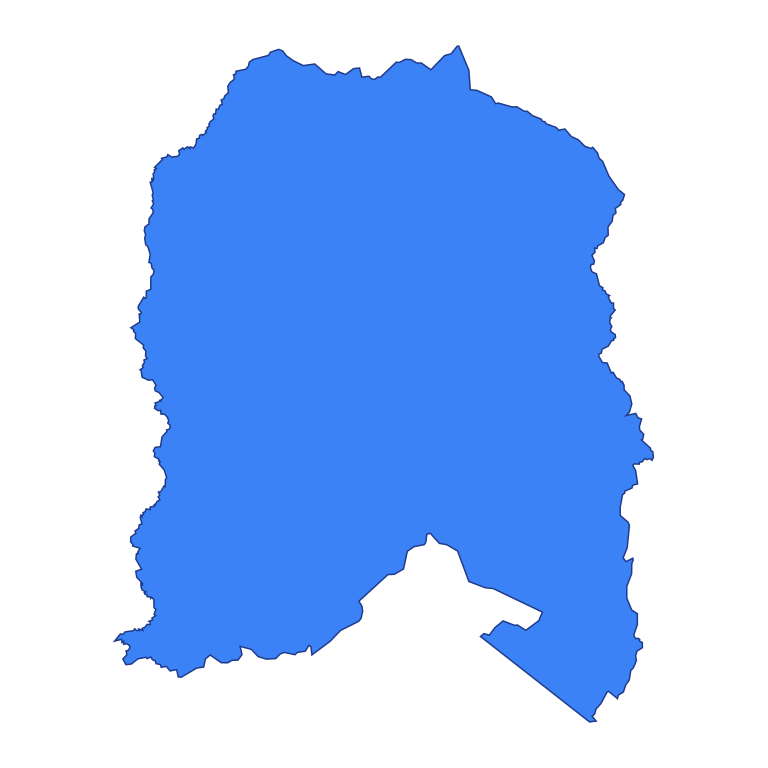 Asunafo North Municipal, Brong Ahafo, Ghana (Robinson projection)
{"feature_id": "2480657B96138797401471", "entity_name": "Asunafo North Municipal", "entity_type": "district", "adm_level": 2, "iso_a3": "GHA", "parent_name": "Ghana", "parent_adm1": "Brong Ahafo", "projection": "robinson", "projection_center": [-2.711, 6.815], "detail": "fine", "context": "isolated", "style": "filled", "palette": "blue", "viewbox_px": 768, "rotation_deg": 0, "n_neighbors": 0, "source": "geoboundaries", "source_scale": "gbopen_adm2", "svg_char_len": 6071}
<svg xmlns="http://www.w3.org/2000/svg" viewBox="0 0 768 768"><path d="M114.6,641.1L121.6,639.3L122.0,642.6L123.7,641.4L123.7,644.3L127.0,643.7L130.1,646.3L128.7,650.1L126.1,650.9L126.9,654.7L122.9,659.0L125.9,664.6L131.4,664.0L138.0,658.8L146.0,657.3L147.2,658.6L150.7,657.0L152.4,659.7L155.2,660.8L156.1,663.7L160.4,664.5L161.2,667.3L166.4,666.4L170.0,670.9L176.7,669.7L178.2,676.9L181.3,677.2L196.6,668.1L203.7,667.0L205.5,658.8L210.2,655.0L221.2,662.7L227.7,662.8L232.1,660.3L238.0,660.1L242.0,654.6L240.1,646.4L251.3,649.3L258.2,656.6L266.3,659.1L275.7,658.6L280.1,654.0L284.2,652.4L295.0,654.7L297.3,652.5L305.4,651.1L308.8,645.4L311.0,646.8L311.9,654.9L330.1,641.3L340.6,630.4L358.7,621.3L361.0,618.5L362.7,611.0L361.9,606.2L358.9,601.2L387.9,574.6L394.3,574.3L403.5,569.0L407.3,551.3L414.1,546.6L424.2,544.7L425.9,542.0L426.8,534.2L430.3,533.3L439.4,543.4L446.6,544.6L457.6,551.0L468.9,581.5L485.2,587.7L493.1,588.5L542.4,612.1L538.8,620.7L525.8,630.3L517.4,625.0L514.4,625.3L503.1,620.9L495.0,627.6L489.3,635.1L484.0,633.6L480.5,636.5L589.5,721.9L596.1,721.1L592.1,716.3L594.6,714.0L596.1,708.9L600.9,703.6L607.1,692.0L608.6,691.3L617.5,698.6L618.3,695.1L623.4,692.0L625.7,685.0L629.3,679.9L630.7,670.7L633.5,667.6L636.4,660.5L635.6,655.7L637.1,651.0L642.4,647.7L642.3,642.5L639.4,641.1L639.7,639.3L638.4,638.5L635.2,638.4L633.8,634.9L637.3,624.8L637.4,613.7L631.7,610.0L626.8,598.2L626.8,586.3L631.6,573.8L631.8,563.6L633.2,559.9L632.7,558.2L626.2,561.6L623.1,558.0L627.2,547.7L629.4,525.4L628.1,522.3L620.3,515.5L620.2,507.3L622.5,494.8L624.6,493.2L624.9,491.1L632.1,487.9L632.6,485.2L637.6,483.9L635.6,470.4L632.8,465.4L634.1,463.9L639.2,464.1L639.7,462.1L642.3,461.8L644.7,458.6L646.9,459.6L649.7,458.6L652.0,460.3L653.4,457.4L652.8,451.7L650.8,450.5L650.4,448.1L641.4,439.9L642.6,439.4L643.7,434.4L639.7,429.9L639.4,426.5L641.6,419.0L637.9,417.7L635.7,413.4L626.0,415.6L629.4,412.2L631.8,403.9L629.9,395.9L624.2,389.9L624.0,385.0L622.2,381.5L621.2,382.0L619.7,379.3L616.5,378.0L613.1,372.3L611.3,372.9L607.1,363.0L602.5,362.6L599.0,356.7L598.8,354.1L601.3,353.2L602.0,349.3L608.4,346.0L611.4,340.9L613.8,340.1L613.5,338.5L615.5,337.7L615.2,334.6L611.0,331.7L610.4,329.2L611.8,326.5L609.8,322.9L610.0,319.1L611.2,317.8L610.2,317.5L610.5,315.7L615.2,310.0L613.5,308.4L613.5,303.0L611.5,303.2L609.0,298.9L608.4,296.4L609.6,295.6L606.2,293.8L605.2,291.1L602.4,289.7L602.9,287.7L599.5,285.8L596.5,273.9L592.0,271.8L590.4,267.9L591.1,264.4L593.6,264.2L594.4,260.9L591.9,255.3L595.0,252.2L594.7,248.2L597.1,248.4L597.7,245.8L603.3,242.8L605.1,237.6L608.2,235.3L608.0,227.0L612.2,221.2L613.0,215.3L616.0,212.9L615.3,208.5L620.9,204.4L620.6,202.2L622.7,200.4L624.5,194.6L618.3,189.5L608.9,176.1L602.7,161.5L599.0,158.0L597.6,153.1L592.8,147.3L591.1,148.4L585.0,146.4L578.2,139.7L571.3,136.5L564.9,129.0L558.7,130.2L556.1,127.4L546.2,123.8L544.8,121.6L542.2,121.3L541.4,119.2L532.4,115.6L527.1,111.2L524.1,111.2L516.9,106.8L512.0,106.9L498.4,103.1L495.6,103.7L491.4,96.9L476.8,90.3L470.3,89.8L468.8,70.1L458.8,46.1L457.1,46.3L451.1,53.8L444.6,55.6L430.9,69.8L421.3,63.0L416.8,63.0L411.0,59.6L405.4,59.3L399.3,62.5L396.3,62.1L380.6,77.1L377.6,77.1L374.9,79.3L371.4,78.9L368.9,76.2L361.9,77.2L359.5,68.0L353.6,68.6L345.5,74.5L338.1,71.6L334.8,75.0L326.1,73.9L314.8,64.0L303.3,65.6L293.1,60.6L286.4,55.8L282.6,50.9L278.6,49.4L270.4,52.2L268.5,55.4L252.9,59.5L249.3,62.2L248.4,66.2L245.7,69.3L236.0,71.2L235.9,73.7L233.4,74.9L234.5,77.6L233.3,80.2L230.3,82.2L227.8,86.2L228.4,92.5L224.7,96.0L223.9,98.7L221.2,100.0L222.3,104.5L220.0,105.2L218.1,109.5L216.2,109.1L215.5,114.0L213.8,113.9L213.0,115.7L213.8,118.9L210.1,121.8L208.9,124.2L209.5,126.1L207.2,127.5L207.3,129.3L205.3,131.4L206.3,132.7L202.6,135.4L201.9,134.4L199.6,135.4L199.2,138.3L196.7,138.8L196.0,144.0L193.8,147.9L190.2,146.9L189.8,148.5L187.6,146.8L184.1,149.2L182.9,147.9L178.7,150.7L179.6,154.0L178.0,156.2L171.7,157.1L167.8,154.6L166.7,157.0L161.5,158.3L162.3,159.6L154.6,167.3L156.4,168.6L154.2,169.8L154.8,171.7L153.2,173.7L153.7,178.9L152.9,180.4L151.7,177.8L152.1,181.7L150.2,182.2L153.1,192.6L152.2,195.2L153.4,199.8L152.3,200.8L153.7,203.6L151.1,208.0L152.9,209.5L153.1,212.9L149.0,218.8L149.0,223.9L145.0,226.8L144.3,230.7L145.6,234.7L144.7,238.3L145.7,244.7L147.8,246.4L150.2,254.3L148.9,262.4L151.1,263.2L152.1,268.3L154.0,270.2L153.4,274.2L150.9,276.9L150.7,289.4L146.3,291.1L146.3,297.4L145.4,298.4L143.7,297.2L138.2,306.5L138.3,308.9L141.4,312.6L140.6,314.3L139.2,313.9L139.8,322.0L130.9,327.7L133.8,329.8L133.5,331.3L135.7,333.6L135.3,338.5L143.6,345.1L143.2,347.9L145.9,351.0L145.5,356.0L147.3,358.3L143.9,360.1L144.6,362.1L142.4,365.6L143.2,367.5L140.0,369.8L141.1,370.3L142.1,377.2L148.5,380.2L152.6,379.8L156.0,385.2L154.6,388.4L155.3,390.9L158.9,392.4L163.0,397.4L160.8,401.1L160.1,400.1L158.6,402.0L155.1,402.9L156.0,405.7L154.8,406.1L154.6,408.4L158.2,410.7L160.6,410.3L161.0,414.1L164.4,414.1L167.2,417.0L168.7,420.7L167.8,423.1L170.4,425.6L169.5,429.1L166.6,429.9L167.0,431.4L162.0,436.9L160.5,446.7L155.1,447.4L153.3,451.0L154.9,452.9L154.3,456.6L159.0,459.3L158.8,461.1L160.1,461.5L159.2,464.1L164.1,469.8L166.7,477.7L165.4,479.6L165.2,486.7L164.0,486.0L160.9,491.5L158.4,492.1L159.8,495.2L158.2,496.7L159.9,500.0L157.0,501.5L154.7,505.8L154.3,504.9L153.6,506.3L150.1,507.1L150.2,509.6L146.1,508.9L145.0,511.9L143.0,512.6L143.5,514.5L141.5,515.2L141.9,516.4L140.7,515.5L140.3,517.8L142.0,523.9L139.2,524.8L138.7,528.5L135.1,530.8L135.7,533.5L130.8,536.9L130.6,541.8L133.0,544.6L132.6,546.0L140.0,548.3L137.6,552.4L138.2,553.7L136.4,553.9L135.9,559.2L141.6,569.2L135.8,571.2L136.7,577.2L142.6,583.5L142.3,585.1L140.9,583.9L141.1,587.1L142.2,590.0L145.9,591.9L144.3,592.6L145.1,594.3L146.9,594.7L147.1,596.6L150.8,597.1L150.7,598.3L151.7,597.4L153.8,599.5L154.0,607.7L155.8,609.1L154.1,614.5L155.7,615.7L151.9,618.1L152.5,620.1L148.9,621.3L150.1,622.0L150.1,624.7L147.1,624.3L144.9,627.3L142.2,628.4L142.9,630.4L138.7,629.0L139.1,630.6L136.4,630.4L134.9,628.8L133.1,630.8L125.1,631.9L122.8,634.4L120.4,633.9L114.6,641.1Z" fill="#3b82f6" stroke="#1e3a8a" stroke-width="1.5"/></svg>